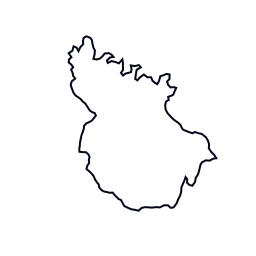 Jaborá, Santa Catarina, Brazil (Robinson projection), rotated 33°
{"feature_id": "56859067B74919333247370", "entity_name": "Jaborá", "entity_type": "district", "adm_level": 2, "iso_a3": "BRA", "parent_name": "Brazil", "parent_adm1": "Santa Catarina", "projection": "robinson", "projection_center": [-51.784, -27.14], "detail": "fine", "context": "isolated", "style": "outline", "palette": "ink", "viewbox_px": 256, "rotation_deg": 33, "n_neighbors": 0, "source": "geoboundaries", "source_scale": "gbopen_adm2", "svg_char_len": 2345}
<svg xmlns="http://www.w3.org/2000/svg" viewBox="0 0 256 256"><g transform="rotate(33 128 128)"><path d="M85.9,73.5L85.1,78.8L81.6,79.4L77.7,80.9L75.6,84.5L73.6,82.8L74.4,78.8L77.1,76.3L74.3,75.5L71.2,75.6L67.9,78.2L67.5,81.9L66.7,84.9L64.5,87.5L61.4,88.9L59.8,84.2L57.9,80.9L55.3,79.5L52.2,76.6L49.7,73.8L47.3,73.0L43.2,73.7L41.7,76.6L42.8,79.4L44.7,82.0L44.0,86.2L44.6,90.6L41.2,88.6L37.9,89.2L39.3,93.5L37.5,97.6L42.0,99.4L41.2,102.7L42.6,105.3L46.0,105.7L48.9,106.9L48.5,110.0L51.6,112.0L53.5,114.1L56.8,115.3L55.4,119.5L56.4,123.0L59.2,125.3L63.1,128.1L66.2,129.3L68.9,129.3L72.4,129.5L75.7,130.5L78.5,130.7L81.7,132.0L84.5,133.3L86.9,134.2L89.5,134.2L91.9,133.6L94.3,135.0L94.0,138.4L93.7,141.3L92.2,144.3L90.5,146.8L90.0,150.3L91.4,152.8L92.2,155.9L93.0,159.6L94.2,162.6L95.6,166.2L97.5,169.6L98.6,172.2L100.2,174.4L103.2,172.9L105.9,171.2L109.1,171.7L111.6,173.3L112.5,176.1L114.5,178.4L114.4,181.8L115.5,185.0L118.1,185.3L121.5,185.9L125.1,186.9L128.2,189.0L131.3,190.4L134.2,191.3L136.4,193.6L139.9,194.5L142.6,194.3L145.0,193.3L147.7,192.4L150.4,190.5L153.3,191.5L156.3,192.1L158.8,192.7L161.3,192.2L163.9,193.6L167.4,195.5L171.8,194.9L175.2,194.3L178.5,192.8L182.0,191.5L182.8,187.9L184.9,185.5L188.0,183.6L191.2,181.9L194.9,178.9L198.0,177.2L200.3,173.2L203.6,171.1L207.3,171.7L209.5,169.7L209.8,164.6L208.9,160.3L208.6,156.7L207.4,152.6L205.2,148.9L204.4,144.6L204.0,141.5L203.0,137.7L205.6,138.7L207.3,141.7L210.4,142.3L213.4,141.4L213.6,136.7L211.9,132.8L212.0,129.1L211.2,126.0L210.1,122.9L208.9,119.7L208.7,116.6L210.8,112.8L214.4,110.8L216.0,107.5L218.5,105.3L215.2,103.7L210.8,102.7L206.8,101.0L204.9,97.5L202.0,95.1L198.6,93.4L195.5,93.0L193.0,92.8L189.7,94.1L186.3,94.9L184.9,97.3L181.8,98.1L178.4,98.8L174.8,99.4L172.6,98.3L170.2,96.8L166.6,96.2L163.7,96.2L160.9,95.9L157.2,95.1L153.1,94.0L149.5,92.0L146.8,88.7L145.5,85.2L146.9,82.3L144.7,80.0L146.5,77.7L147.8,75.3L147.1,71.8L146.6,68.1L144.2,68.8L141.5,70.8L138.1,69.9L135.5,67.8L136.1,64.3L133.7,60.5L130.8,61.7L128.8,64.7L126.9,67.0L128.4,71.6L128.7,75.3L125.6,75.4L122.6,74.9L119.8,72.9L116.5,74.9L112.2,74.5L110.4,79.2L109.9,82.9L107.3,82.9L105.3,78.6L103.5,74.4L105.8,70.1L103.0,69.3L99.9,72.4L96.3,74.0L99.0,76.8L100.1,79.4L98.3,81.6L96.3,83.6L95.2,86.7L92.1,85.6L92.2,82.0L90.1,78.9L88.3,76.2L85.9,73.5Z" fill="none" stroke="#020617" stroke-width="2"/></g></svg>